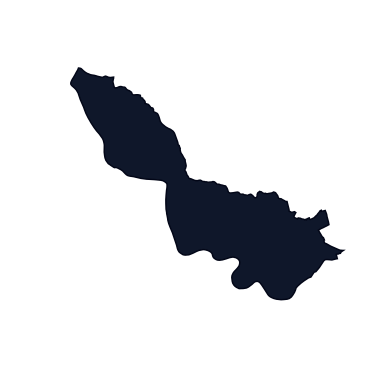 outline of Bocicoiu Mare, Maramures, Romania, rotated 210°
{"feature_id": "2599482B75512170064618", "entity_name": "Bocicoiu Mare", "entity_type": "district", "adm_level": 2, "iso_a3": "ROU", "parent_name": "Romania", "parent_adm1": "Maramures", "projection": "mercator", "projection_center": [24.006, 47.948], "detail": "fine", "context": "isolated", "style": "filled", "palette": "ink", "viewbox_px": 384, "rotation_deg": 210, "n_neighbors": 0, "source": "geoboundaries", "source_scale": "gbopen_adm2", "svg_char_len": 6015}
<svg xmlns="http://www.w3.org/2000/svg" viewBox="0 0 384 384"><g transform="rotate(210 192 192)"><path d="M352.3,242.6L352.0,240.8L352.0,237.3L351.9,235.3L351.9,232.1L352.0,229.6L351.8,227.2L351.5,225.9L351.1,225.2L350.7,224.7L349.9,224.3L349.1,224.0L347.6,223.7L345.6,223.3L343.3,222.6L340.1,220.8L334.9,216.2L328.1,211.2L326.5,209.8L323.3,207.2L319.1,204.4L313.9,201.4L309.2,199.0L305.3,197.3L301.2,195.9L296.2,193.6L294.7,192.5L294.0,191.8L293.0,190.8L291.9,189.5L291.2,188.5L288.0,182.7L285.9,179.9L284.4,178.1L282.4,176.4L279.6,175.1L278.6,174.7L276.4,174.6L275.9,174.5L272.4,174.3L271.5,174.3L271.0,174.6L270.5,175.0L269.6,175.4L268.6,175.6L264.7,175.8L262.6,175.6L259.3,174.6L257.6,174.2L256.2,174.1L255.2,174.3L253.8,174.7L250.3,176.1L243.0,178.3L238.1,180.3L230.5,184.1L225.0,186.6L222.6,187.3L221.4,187.3L220.6,187.3L218.4,186.9L217.8,186.5L217.1,185.6L216.3,184.2L215.6,182.7L214.9,180.8L212.8,176.3L210.8,172.3L208.8,168.9L205.8,164.1L203.4,161.2L203.3,160.9L200.0,157.1L198.7,155.4L196.4,153.1L193.2,150.5L188.6,147.0L178.9,138.4L176.2,135.6L174.9,134.6L173.3,133.7L171.9,133.4L168.6,133.2L167.2,133.6L166.0,134.2L163.3,136.1L160.7,139.4L158.3,143.0L156.8,144.9L153.8,147.5L152.9,148.1L152.1,148.4L151.0,148.8L148.9,149.3L147.3,149.4L146.0,149.4L144.7,149.1L143.5,148.5L142.7,147.6L141.4,146.4L140.1,145.8L138.5,145.6L137.1,145.6L135.7,145.9L133.9,146.8L131.7,148.5L128.9,151.4L126.6,154.0L124.0,156.2L121.0,157.1L119.2,157.1L117.6,156.7L116.4,156.1L115.3,154.7L114.7,153.3L114.3,151.6L114.4,150.2L114.6,148.5L115.6,144.4L115.8,142.8L115.7,140.9L115.5,139.5L114.8,137.9L113.7,136.4L112.5,134.8L111.2,133.5L109.3,132.4L107.7,131.9L105.8,131.7L102.9,131.9L99.2,134.2L96.8,136.2L95.6,138.0L93.9,142.0L93.1,144.7L92.4,146.0L91.4,146.9L90.3,147.5L89.1,147.6L88.0,147.5L85.4,146.5L81.0,144.3L75.3,141.3L73.9,140.7L72.1,140.4L70.7,140.4L68.0,140.7L65.4,141.4L61.0,143.3L58.6,144.9L56.0,146.8L54.5,148.4L53.5,150.7L53.2,153.0L53.1,156.4L53.4,158.8L53.9,160.9L53.5,163.2L52.9,165.1L52.0,167.8L50.6,171.1L48.3,175.7L47.6,176.6L46.5,177.8L46.2,183.5L44.9,185.0L44.0,190.1L43.5,198.3L43.1,199.4L42.7,200.1L41.7,200.8L40.6,201.4L38.9,202.2L36.9,203.1L33.9,206.0L32.8,206.9L35.9,210.1L34.8,211.2L34.0,211.7L33.9,212.3L33.6,212.6L32.8,213.1L32.9,213.4L32.9,214.3L32.5,215.5L31.7,217.1L32.6,216.6L34.5,215.7L35.8,215.4L44.0,214.5L45.5,214.4L49.5,214.4L51.8,214.1L53.7,216.0L53.3,216.6L55.3,218.1L55.5,217.9L56.2,218.2L56.3,218.0L63.5,222.1L62.2,224.5L61.4,225.7L60.9,226.3L57.1,232.2L58.9,234.3L59.7,235.1L62.8,238.2L64.0,239.7L64.7,240.4L67.4,242.6L69.0,241.0L69.6,240.6L70.2,240.0L70.9,240.8L71.2,240.4L71.5,240.0L71.8,239.1L71.4,238.8L71.4,238.7L71.6,238.5L71.9,237.3L72.2,235.6L72.0,235.2L72.2,234.9L72.3,234.5L72.8,233.0L73.1,231.9L73.3,230.9L74.0,229.8L74.7,228.7L76.0,227.2L76.6,227.2L77.5,228.2L78.1,227.6L78.1,227.1L78.3,226.8L78.9,226.6L79.0,226.4L79.0,226.1L78.9,225.2L79.0,225.0L79.1,224.9L79.3,224.9L79.6,225.2L79.8,225.2L80.1,224.8L80.5,224.3L80.7,224.2L81.0,224.3L81.7,224.2L83.4,223.6L84.0,223.5L84.8,223.5L87.1,222.6L87.1,221.4L90.4,221.1L91.6,221.8L91.8,226.1L93.4,226.2L95.4,224.2L98.3,224.0L99.3,225.4L105.0,231.3L106.2,230.6L107.4,230.7L110.3,230.6L111.3,230.7L113.1,230.0L113.9,229.8L114.5,230.3L115.1,230.9L115.9,231.6L116.6,232.0L116.8,232.0L117.1,232.1L117.6,232.4L118.5,232.7L119.1,233.1L119.9,233.1L121.3,232.8L122.1,231.5L122.7,230.8L125.2,228.8L125.7,228.3L126.7,227.7L127.6,227.7L128.3,227.0L128.6,226.9L129.2,226.8L129.6,226.6L130.7,226.5L131.3,226.7L132.0,226.8L132.4,226.7L133.0,226.5L133.3,226.2L133.7,226.3L134.3,224.9L134.6,224.1L134.5,223.3L134.2,222.1L133.4,220.9L133.4,220.3L133.7,219.4L133.8,219.0L134.0,218.8L134.7,218.4L135.0,218.4L137.9,219.3L138.6,219.3L139.2,219.5L140.1,219.4L140.3,219.2L141.2,218.3L141.9,217.2L142.5,216.7L143.7,216.4L143.8,216.3L144.5,216.1L145.1,215.7L145.5,215.6L145.9,215.7L146.5,215.7L147.0,215.5L148.2,214.7L149.0,214.4L149.8,214.4L151.3,215.0L152.7,214.6L155.9,212.0L156.4,211.6L157.1,211.1L158.3,210.3L158.7,210.1L159.5,210.0L160.3,210.1L161.1,210.7L162.4,211.9L163.5,212.8L165.9,214.0L166.2,213.9L167.4,213.5L169.4,213.0L170.7,212.5L171.3,212.4L172.2,212.3L172.7,212.1L174.2,211.3L176.4,211.8L177.5,212.0L178.3,211.8L179.1,211.5L179.6,210.9L180.4,210.2L181.4,209.6L182.3,208.9L183.2,208.4L184.4,208.1L185.1,207.6L186.3,207.3L187.8,206.6L188.5,206.4L189.8,206.5L190.7,206.4L191.6,205.8L193.0,204.5L194.5,203.7L196.0,203.3L199.4,202.9L200.5,202.6L201.0,202.4L201.6,202.4L202.5,203.1L203.7,203.8L204.5,204.1L205.1,204.4L205.7,205.0L207.5,206.5L209.0,207.1L209.2,207.5L209.4,208.1L209.4,209.0L209.7,210.2L210.1,211.6L211.1,212.9L213.3,215.2L214.1,216.5L215.2,217.0L217.2,218.1L218.7,219.1L220.2,219.8L221.4,220.5L222.2,221.3L223.6,222.9L223.8,223.6L224.4,224.2L225.2,224.7L226.3,225.8L227.8,226.1L228.3,226.9L229.3,228.0L235.2,233.0L236.7,234.2L238.6,235.1L241.9,235.5L244.3,235.2L246.5,235.2L247.6,235.2L249.2,235.5L251.1,235.8L252.6,236.2L253.5,236.6L254.8,237.3L257.8,240.2L259.5,241.6L260.4,242.2L261.3,242.6L262.2,242.6L263.8,242.5L264.9,242.3L265.3,242.4L265.8,242.9L266.6,244.2L267.3,244.7L267.8,245.0L268.3,245.0L269.5,244.6L270.0,244.6L271.1,245.1L272.5,245.7L273.7,246.0L277.0,245.2L277.5,246.5L278.3,246.9L278.9,247.5L280.0,247.6L281.0,248.0L281.8,248.6L282.7,248.1L283.3,248.3L284.3,248.7L285.1,249.9L286.4,249.6L287.8,249.0L289.9,247.7L290.9,246.9L291.6,246.7L293.0,247.0L293.7,247.6L294.2,248.1L296.6,248.4L297.2,248.4L297.9,248.2L298.9,248.1L299.7,248.2L300.4,248.4L301.8,249.0L302.2,249.1L303.0,249.0L303.7,248.6L304.8,248.2L306.1,247.9L306.9,247.4L307.5,246.9L308.1,246.2L309.0,244.9L309.4,244.5L309.9,244.3L310.5,243.7L311.1,243.6L312.1,244.2L315.6,247.8L316.5,250.1L316.6,250.8L317.3,252.3L318.0,251.8L319.8,250.4L320.9,249.9L321.7,249.6L324.1,249.3L325.0,249.0L325.6,248.2L326.4,247.1L327.0,246.4L331.5,245.0L333.3,244.6L334.8,244.2L337.1,243.3L338.5,242.8L340.9,242.5L341.9,242.3L343.5,242.3L344.9,242.4L346.8,242.7L348.3,243.1L349.8,243.4L350.9,243.2L352.3,242.6Z" fill="#0f172a" stroke="#020617" stroke-width="1.5"/></g></svg>